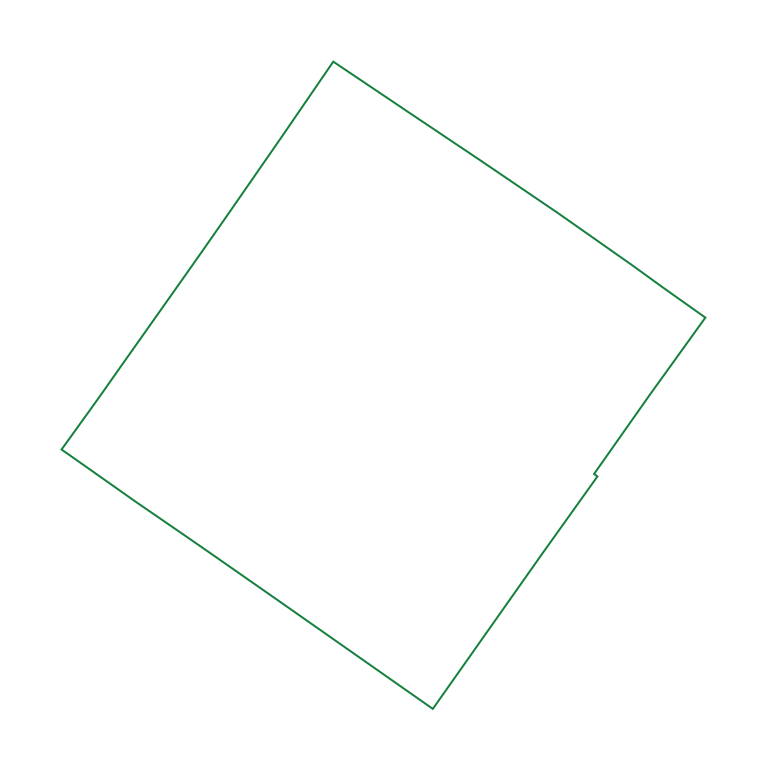 the district of Oakland, Michigan, United States of America, rotated 127°
{"feature_id": "52423323B71844915805023", "entity_name": "Oakland", "entity_type": "district", "adm_level": 2, "iso_a3": "USA", "parent_name": "United States of America", "parent_adm1": "Michigan", "projection": "natural_earth1", "projection_center": [-83.368, 42.66], "detail": "fine", "context": "isolated", "style": "outline", "palette": "green", "viewbox_px": 768, "rotation_deg": 127, "n_neighbors": 0, "source": "geoboundaries", "source_scale": "gbopen_adm2", "svg_char_len": 526}
<svg xmlns="http://www.w3.org/2000/svg" viewBox="0 0 768 768"><g transform="rotate(127 384 384)"><path d="M139.8,257.5L142.8,347.4L147.3,439.0L152.2,527.8L157.1,618.5L249.0,614.4L345.2,610.6L392.6,608.9L398.8,608.7L440.4,607.4L532.6,604.6L535.0,604.5L550.9,604.0L562.4,603.6L574.6,603.3L582.6,603.1L630.4,602.1L629.4,572.2L627.5,512.2L624.9,452.5L623.6,420.5L620.3,330.0L614.1,149.5L424.1,155.5L329.4,157.9L329.4,162.1L233.7,165.2L137.6,167.3L139.1,220.2L139.8,257.5Z" fill="none" stroke="#15803d" stroke-width="2"/></g></svg>